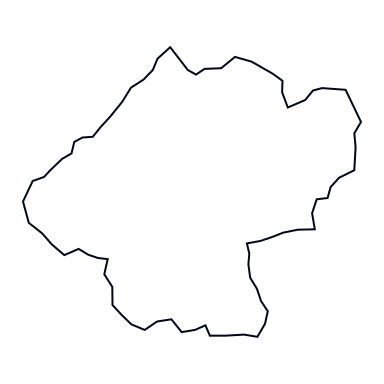 Águas de Lindóia, São Paulo, Brazil
{"feature_id": "56859067B8082951902088", "entity_name": "Águas de Lindóia", "entity_type": "district", "adm_level": 2, "iso_a3": "BRA", "parent_name": "Brazil", "parent_adm1": "São Paulo", "projection": "natural_earth1", "projection_center": [-46.603, -22.475], "detail": "fine", "context": "isolated", "style": "outline", "palette": "ink", "viewbox_px": 384, "rotation_deg": 0, "n_neighbors": 0, "source": "geoboundaries", "source_scale": "gbopen_adm2", "svg_char_len": 1028}
<svg xmlns="http://www.w3.org/2000/svg" viewBox="0 0 384 384"><path d="M157.5,58.7L152.8,70.0L143.4,79.7L131.0,87.6L122.3,101.7L109.9,117.0L100.4,127.3L92.8,136.8L82.5,137.5L74.3,141.9L71.5,153.4L62.1,158.9L50.3,170.2L44.0,177.0L32.7,181.0L23.0,201.5L28.8,222.9L42.1,233.3L51.9,244.5L64.3,255.1L78.6,248.9L88.2,254.7L98.0,258.0L107.7,259.1L104.3,274.3L112.3,286.9L112.5,305.0L121.4,314.7L131.4,324.4L144.7,329.9L157.1,321.5L171.4,319.3L181.7,332.1L195.1,329.9L205.4,325.3L209.9,335.7L225.0,335.7L244.1,334.6L257.4,336.8L265.0,323.8L267.8,311.2L261.1,301.2L256.9,288.7L250.2,277.8L248.4,264.4L249.3,253.6L246.9,243.4L260.2,241.0L272.1,237.0L283.4,232.6L297.8,229.7L314.8,229.3L312.1,213.2L316.7,199.3L327.6,198.0L330.6,187.1L339.1,177.7L354.3,170.2L355.6,147.0L354.3,133.3L361.0,122.0L345.6,89.8L322.1,88.1L313.0,90.5L305.2,100.0L287.8,107.5L282.1,92.2L282.5,80.8L273.0,73.9L263.4,68.4L251.5,61.6L235.0,56.9L221.2,68.2L204.5,68.9L196.0,74.6L187.8,70.0L170.2,47.2L157.5,58.7Z" fill="none" stroke="#020617" stroke-width="2"/></svg>